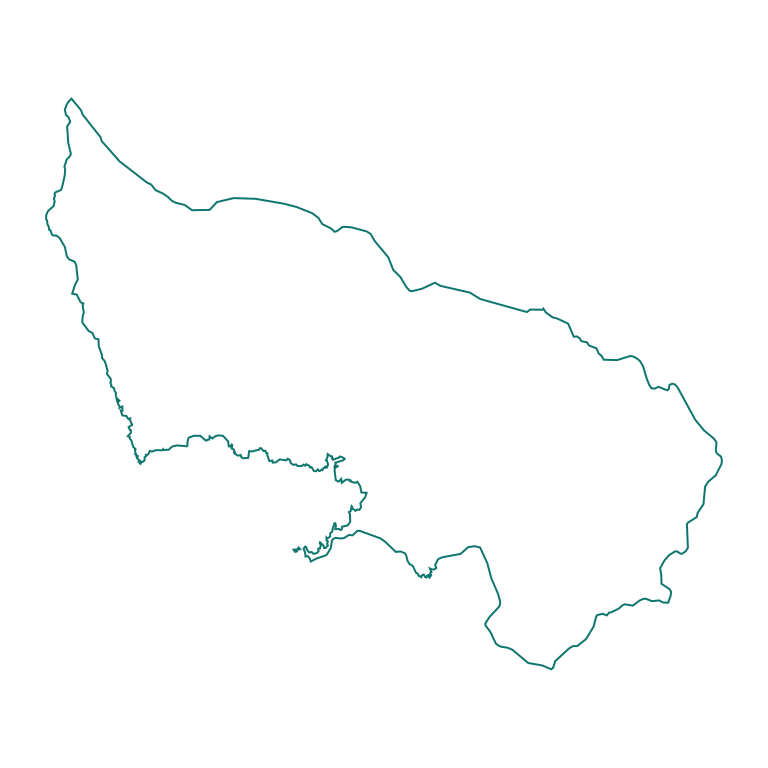 Luwu Timur, Sulawesi Selatan, Indonesia
{"feature_id": "22746128B1110744719374", "entity_name": "Luwu Timur", "entity_type": "district", "adm_level": 2, "iso_a3": "IDN", "parent_name": "Indonesia", "parent_adm1": "Sulawesi Selatan", "projection": "natural_earth1", "projection_center": [121.051, -2.532], "detail": "fine", "context": "isolated", "style": "outline", "palette": "teal", "viewbox_px": 768, "rotation_deg": 0, "n_neighbors": 0, "source": "geoboundaries", "source_scale": "gbopen_adm2", "svg_char_len": 6070}
<svg xmlns="http://www.w3.org/2000/svg" viewBox="0 0 768 768"><path d="M500.2,646.5L507.8,647.8L512.3,649.7L528.2,663.0L542.5,665.5L551.2,669.3L553.1,667.8L555.2,661.1L568.9,648.6L572.6,646.2L577.3,646.0L586.1,639.0L593.7,626.4L596.0,617.0L597.2,615.1L602.6,613.8L606.8,615.4L609.1,612.6L611.2,612.3L618.6,608.7L622.7,605.2L624.8,604.3L632.9,605.6L639.6,600.5L643.7,598.7L646.2,598.9L652.1,601.2L659.1,600.4L663.0,602.5L668.2,602.7L670.7,595.5L671.1,591.7L669.5,589.1L661.5,583.8L661.3,575.0L660.1,568.2L664.5,560.4L669.1,555.1L674.9,551.5L677.2,551.4L680.6,553.8L681.7,553.8L685.7,551.4L687.9,547.7L686.9,524.1L688.0,522.6L696.8,517.0L697.6,513.0L703.5,504.1L705.1,486.6L708.2,481.7L715.7,475.4L721.5,464.0L721.9,460.1L721.0,456.6L716.9,453.4L715.8,450.9L716.5,442.5L714.2,438.9L704.1,430.5L695.3,419.9L677.7,387.6L674.8,384.4L672.4,383.7L669.5,384.9L668.7,389.2L667.2,390.3L658.5,386.8L654.8,388.6L651.6,388.4L649.4,385.3L646.7,378.5L643.0,366.1L640.2,361.4L637.8,359.1L633.3,356.5L630.2,356.0L617.1,360.1L603.7,359.7L601.8,356.2L598.5,353.2L596.4,348.3L588.9,345.4L587.0,342.3L581.3,341.2L579.7,338.3L576.8,336.4L573.8,336.8L568.1,323.6L557.1,318.5L552.7,317.4L545.9,312.5L543.4,308.6L542.7,309.7L530.1,309.6L527.2,311.9L526.0,311.8L480.2,299.0L469.9,292.6L440.2,285.8L435.0,282.7L421.9,288.8L411.9,291.2L409.6,290.7L406.5,287.2L400.3,276.9L393.3,270.0L388.3,257.3L374.6,240.9L370.7,234.0L366.6,231.4L351.3,227.3L344.1,226.8L342.3,227.1L337.0,231.1L334.5,231.8L331.4,228.7L322.2,224.0L318.4,217.9L312.2,213.2L296.6,207.0L284.3,203.8L255.5,198.8L233.7,198.1L216.9,202.1L209.7,209.9L192.1,210.2L184.7,205.0L175.3,202.6L172.0,200.9L167.9,196.9L162.7,193.4L155.6,190.2L151.1,184.5L146.9,182.5L119.6,161.4L101.7,141.1L100.6,137.3L82.8,114.8L80.9,110.1L71.5,98.7L68.8,101.4L66.8,104.3L64.8,109.6L66.0,115.0L68.5,117.3L70.2,121.8L67.1,126.6L68.3,143.3L70.9,153.9L70.0,156.1L66.8,159.4L64.4,166.5L65.2,169.3L64.7,175.6L62.0,187.6L61.0,190.0L55.3,192.4L54.5,193.8L55.0,195.9L53.9,198.8L54.7,201.3L53.6,206.0L48.0,211.1L46.2,215.0L46.1,219.1L47.1,220.5L47.4,224.1L48.8,226.9L49.1,229.6L50.3,230.1L52.0,234.5L52.7,235.3L56.6,235.7L59.7,238.1L64.9,247.1L66.9,256.5L69.3,259.4L74.6,261.7L76.2,265.1L77.8,279.4L74.7,285.6L72.2,293.7L76.8,294.6L80.6,302.3L83.4,303.5L82.6,305.1L83.8,312.8L82.7,315.8L82.3,322.5L88.7,331.0L92.4,332.9L94.8,338.4L98.5,339.3L98.7,346.0L102.1,355.4L102.0,358.0L104.5,360.8L105.7,363.9L107.6,371.1L106.9,374.0L110.7,378.7L110.9,381.7L110.3,382.7L111.3,384.8L111.1,386.3L114.1,388.3L114.6,391.0L116.0,393.0L115.8,395.2L117.0,400.4L117.7,399.1L119.4,400.7L118.3,401.6L117.9,403.8L119.8,406.7L119.5,407.7L122.3,406.5L122.4,410.7L120.7,410.5L122.4,415.4L126.4,416.0L128.4,419.1L130.3,418.4L130.1,420.4L132.2,424.8L128.6,427.1L129.8,429.8L130.9,430.2L130.8,433.0L127.8,436.2L129.9,437.2L129.8,438.6L131.3,440.3L133.2,446.8L135.6,449.2L134.9,450.1L135.8,453.8L135.3,454.0L137.8,456.0L137.7,456.6L136.4,456.2L137.1,458.3L139.3,460.2L138.9,461.1L139.7,460.8L139.6,463.1L140.5,463.8L141.6,461.6L143.1,461.8L144.6,460.3L144.6,457.3L146.0,456.2L145.8,454.9L147.3,454.9L148.6,453.8L149.8,450.9L152.0,451.6L156.1,450.1L162.3,450.3L163.1,449.1L163.6,450.0L168.8,449.7L172.0,446.6L177.1,445.4L186.8,446.3L187.5,445.5L187.4,442.2L188.7,437.6L193.8,435.8L200.3,435.8L205.4,440.3L206.8,440.5L207.4,439.0L207.3,439.8L209.3,439.5L209.6,436.3L212.4,438.5L215.2,436.2L218.5,435.4L223.0,435.8L228.1,441.4L228.8,446.4L230.4,446.5L231.6,444.6L232.3,445.1L231.7,448.6L233.7,449.4L234.6,451.7L234.1,451.4L233.8,452.2L234.8,453.7L238.2,455.7L240.7,455.0L241.3,457.2L243.3,458.3L248.2,457.9L249.2,451.1L251.9,451.5L259.3,449.6L259.7,448.3L261.1,448.2L263.5,451.0L265.3,450.7L266.1,452.9L267.4,453.3L267.2,455.0L269.4,461.1L272.3,460.5L272.7,462.6L275.8,462.3L279.8,459.4L286.4,460.4L287.7,458.7L290.1,460.3L290.6,462.9L293.3,464.9L296.0,464.4L297.5,465.9L301.6,466.1L303.3,464.6L305.2,465.7L306.3,464.2L309.2,465.8L310.2,467.5L311.5,467.1L314.1,471.1L316.1,471.2L317.8,469.4L319.0,471.0L320.0,470.9L321.6,469.6L322.3,470.1L323.9,467.7L325.7,466.7L325.8,467.7L327.0,467.4L328.1,464.4L326.8,460.4L326.0,460.3L327.4,457.4L327.7,454.1L330.7,456.3L331.9,456.3L332.5,458.0L332.0,458.5L332.9,459.7L338.9,457.6L339.7,456.5L343.1,457.6L344.7,458.9L343.1,460.3L335.4,462.7L335.8,463.5L334.6,466.5L337.5,465.8L337.7,466.4L335.2,467.8L334.5,469.8L335.8,480.2L338.7,481.6L341.2,479.0L341.8,482.8L346.0,479.6L349.1,479.7L349.9,480.1L349.4,480.3L350.1,481.3L353.6,482.5L355.9,482.7L357.3,481.7L360.2,486.2L361.4,492.5L366.6,492.8L365.1,497.4L360.4,503.1L361.0,507.5L359.2,509.9L357.2,509.5L355.5,510.9L354.6,509.7L352.2,509.0L352.5,507.4L351.6,506.3L350.6,511.1L348.9,512.1L350.0,514.3L350.2,521.8L347.7,525.4L342.1,526.7L341.7,529.5L340.4,530.0L339.1,529.0L335.2,529.1L336.0,526.2L335.3,523.2L334.1,523.6L334.2,525.4L333.0,527.1L332.2,531.7L330.3,533.1L330.2,536.6L327.4,538.4L326.5,537.5L326.5,540.4L327.8,541.2L327.1,544.1L327.9,545.4L325.6,548.0L324.0,548.0L323.6,545.7L320.0,542.3L319.7,543.0L320.8,545.3L320.0,548.4L318.2,548.7L318.6,551.2L317.1,552.9L313.6,553.9L311.6,552.0L309.2,552.5L306.8,549.5L306.3,547.2L305.2,546.6L303.6,548.7L305.1,552.5L305.5,556.5L307.7,556.1L309.6,558.3L310.8,561.5L316.8,558.4L325.5,555.5L326.8,554.7L330.7,548.3L332.0,540.6L333.0,539.0L335.8,537.8L339.8,538.5L344.0,538.1L348.9,535.0L352.6,535.3L357.4,530.8L359.9,530.9L380.2,538.3L385.0,541.6L395.8,551.9L400.8,551.5L404.9,553.3L406.1,555.1L407.6,561.0L409.7,564.2L412.8,565.9L416.0,572.7L417.9,573.8L418.5,575.7L421.2,577.1L421.2,576.1L423.7,574.5L425.2,577.1L426.6,577.4L426.9,575.8L428.5,574.9L429.4,575.5L428.7,576.4L429.6,577.6L431.2,575.1L430.2,573.8L430.3,572.6L431.5,572.1L430.0,568.5L432.0,569.5L434.2,569.4L436.3,568.0L435.1,564.9L438.2,559.1L442.6,557.2L460.6,553.9L468.2,547.1L474.7,546.2L480.1,547.5L487.3,563.1L491.3,578.3L498.0,593.8L500.2,601.8L500.1,604.5L498.9,606.9L489.5,617.0L485.5,623.1L485.3,625.1L490.4,632.0L496.0,643.8L500.2,646.5ZM300.0,549.2L298.6,547.5L297.3,549.4L293.6,549.7L295.1,551.9L296.8,551.5L297.8,549.5L300.0,549.2Z" fill="none" stroke="#0f766e" stroke-width="2"/></svg>